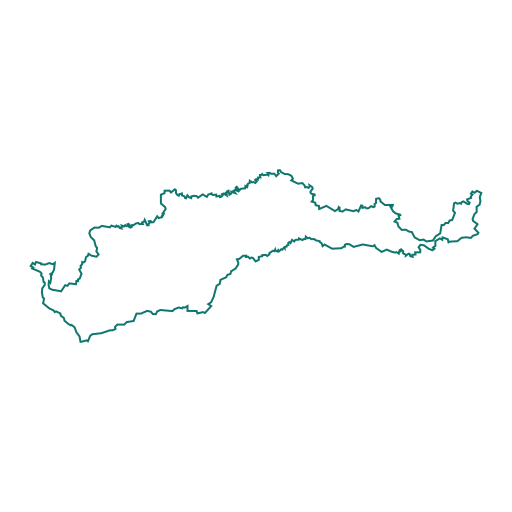 outline of Chontla, Veracruz, Mexico, rotated 90°
{"feature_id": "50627088B94661394277654", "entity_name": "Chontla", "entity_type": "district", "adm_level": 2, "iso_a3": "MEX", "parent_name": "Mexico", "parent_adm1": "Veracruz", "projection": "albers", "projection_center": [-97.99, 21.427], "detail": "fine", "context": "isolated", "style": "outline", "palette": "teal", "viewbox_px": 512, "rotation_deg": 90, "n_neighbors": 0, "source": "geoboundaries", "source_scale": "gbopen_adm2", "svg_char_len": 6079}
<svg xmlns="http://www.w3.org/2000/svg" viewBox="0 0 512 512"><g transform="rotate(90 256 256)"><path d="M271.3,280.9L268.6,276.5L264.5,273.8L262.4,273.7L259.3,275.1L258.9,272.7L255.8,269.0L255.7,265.9L257.0,266.1L256.7,263.9L258.5,262.2L257.5,260.4L258.2,258.8L261.4,256.4L259.9,253.2L256.9,253.2L256.2,249.8L255.1,249.7L254.9,246.1L256.0,244.8L254.3,242.6L253.1,242.7L250.7,239.0L251.2,237.5L249.5,236.8L250.8,236.4L251.5,234.5L250.1,233.8L251.4,233.0L249.2,230.7L249.7,229.7L247.5,227.9L248.3,227.3L247.0,227.3L246.6,225.4L245.5,225.3L244.9,223.6L243.0,223.8L242.1,222.7L243.1,221.5L239.9,220.0L241.5,217.8L239.9,216.6L239.6,213.1L238.4,213.0L240.1,209.5L239.2,208.7L239.1,206.6L236.6,206.2L238.3,204.3L237.8,202.3L239.1,200.8L239.1,197.5L240.3,196.4L241.2,192.3L242.2,192.1L243.1,190.5L246.1,189.4L244.5,187.4L248.7,179.9L248.2,170.5L246.7,168.4L246.6,167.1L244.8,167.1L244.0,165.4L244.2,162.8L246.9,158.3L244.5,149.3L246.3,139.1L245.2,137.5L248.0,135.9L251.9,130.4L249.6,125.2L251.6,120.7L252.6,116.8L252.1,115.6L253.6,113.2L251.7,112.9L251.4,111.5L250.2,112.3L249.3,110.9L251.2,108.8L253.4,108.9L254.7,106.1L255.8,106.2L253.7,103.5L253.9,102.4L256.1,101.8L256.8,99.4L254.8,99.7L254.5,96.5L252.3,96.8L252.3,91.8L249.7,91.7L247.3,93.4L244.8,91.5L245.3,88.0L248.7,83.4L250.3,79.6L248.8,77.6L247.7,79.0L247.2,78.6L246.0,76.6L241.1,76.7L238.4,72.1L239.8,69.7L237.4,69.4L239.3,64.2L242.3,63.5L241.6,62.1L241.2,54.6L237.8,50.5L237.3,45.7L237.9,41.1L235.8,39.2L234.1,34.3L232.7,33.6L228.7,37.5L224.2,34.5L220.9,38.9L219.0,39.4L214.2,37.6L212.0,35.3L206.8,35.4L204.7,32.4L201.2,31.6L197.0,32.2L193.0,30.7L190.8,35.1L192.8,37.5L191.5,39.6L193.7,41.1L194.6,39.6L196.5,41.1L197.9,40.9L199.4,44.9L201.1,44.5L202.6,42.4L204.1,43.0L203.8,44.9L201.4,48.6L202.2,50.4L203.7,50.9L203.1,52.0L203.7,54.6L202.6,56.5L203.3,57.9L210.6,58.9L212.9,57.0L220.1,59.9L220.4,62.3L223.1,63.8L222.9,66.3L225.1,68.3L225.0,70.4L233.4,71.8L236.2,76.2L240.6,79.2L241.4,85.7L239.6,88.4L240.2,92.3L237.4,97.4L232.0,100.2L231.6,102.9L229.7,106.2L229.9,110.3L226.4,113.6L222.7,114.6L221.6,117.4L219.1,115.4L218.7,112.6L215.8,113.4L215.2,111.7L214.6,111.9L213.5,116.1L211.4,118.9L206.2,121.8L206.5,119.7L204.9,119.2L205.0,127.1L201.3,131.7L200.0,131.6L198.2,133.0L198.8,135.9L202.9,136.0L204.2,137.4L206.6,137.4L207.2,138.9L206.1,140.8L208.2,143.5L208.4,145.4L207.2,146.9L207.9,149.5L205.7,149.6L205.4,150.8L211.5,153.6L210.0,155.7L211.2,158.6L209.4,166.2L211.5,169.5L211.0,172.4L207.7,172.4L207.0,173.2L209.2,174.1L211.1,177.0L205.9,185.6L209.0,192.8L205.9,193.1L205.2,196.4L202.7,196.7L201.6,200.3L200.0,198.9L196.1,199.1L195.2,197.3L194.4,197.4L193.8,200.4L192.8,201.5L191.5,201.5L188.7,199.3L187.1,199.8L185.2,202.5L186.4,202.3L187.9,203.5L187.1,205.0L187.3,206.9L185.5,207.4L183.1,209.6L183.7,213.9L180.4,220.7L178.8,219.1L175.8,220.6L174.2,223.8L174.0,227.4L172.2,230.8L170.2,232.1L170.4,234.0L172.4,234.1L173.6,233.2L176.2,235.8L173.7,237.6L173.8,240.8L172.8,242.4L173.0,244.1L173.6,243.3L175.3,243.6L174.6,244.5L175.2,248.7L174.0,249.8L174.8,250.3L175.0,252.1L177.5,251.6L177.6,254.1L179.6,254.0L179.2,255.9L179.9,256.8L181.5,255.3L183.0,256.7L182.0,258.5L182.4,260.0L180.8,262.2L183.1,262.4L183.7,264.0L185.4,265.0L185.8,264.4L187.2,264.9L186.1,266.6L188.3,266.9L188.8,271.3L191.4,273.5L190.7,275.0L188.9,273.7L186.8,275.3L187.6,276.3L189.6,276.0L190.7,278.4L193.1,276.7L191.7,280.7L193.5,280.7L194.8,282.6L190.7,283.5L191.5,285.1L193.4,285.2L193.2,286.0L195.5,285.3L193.5,288.4L194.2,290.0L195.3,289.3L196.8,290.7L197.1,292.1L195.8,292.3L196.5,295.6L194.6,295.8L195.0,299.0L194.3,300.4L193.4,300.5L194.6,303.8L196.9,305.2L194.4,309.3L197.7,314.0L196.2,315.2L195.8,318.0L196.4,320.7L198.1,320.8L197.3,322.9L195.3,324.6L198.3,325.9L198.1,326.9L196.5,327.4L195.3,330.1L193.5,330.1L194.2,332.7L195.7,333.2L195.0,334.6L193.1,336.0L190.1,336.1L189.3,337.2L192.5,341.0L190.7,342.4L190.7,347.4L193.2,347.5L194.7,351.1L203.5,351.1L207.1,346.9L208.9,346.3L212.3,348.6L213.5,348.1L213.6,349.4L215.5,349.0L215.7,349.9L217.1,350.0L218.1,353.4L216.3,354.8L222.2,358.5L222.4,360.3L221.0,361.4L221.3,363.2L222.9,362.4L224.1,363.6L225.2,363.4L225.3,364.9L219.8,367.3L221.7,368.0L222.4,369.9L224.0,369.2L224.1,372.6L223.0,373.6L223.4,375.9L225.2,378.6L225.0,379.8L226.7,380.1L227.6,381.5L226.9,382.9L225.5,382.0L223.9,383.4L224.2,384.4L225.5,384.0L226.2,385.4L225.1,386.8L226.4,387.9L225.6,390.2L226.8,389.7L227.4,391.3L228.4,390.7L228.1,392.2L226.1,393.5L226.6,394.8L225.7,395.6L226.9,396.6L225.6,400.6L227.3,402.1L225.9,410.2L227.7,413.1L227.6,417.6L230.4,421.8L233.2,422.7L237.1,421.2L240.4,417.8L246.2,416.3L247.9,414.9L251.5,415.6L254.4,413.4L256.7,415.5L255.6,420.7L253.8,423.5L255.8,424.1L257.1,426.0L261.2,426.9L262.4,428.2L262.0,429.8L264.3,429.9L265.8,431.4L267.7,431.0L269.5,432.8L273.8,430.5L278.6,432.3L279.4,434.0L281.2,433.9L281.0,435.6L284.2,436.0L283.4,442.7L285.8,444.5L285.2,446.8L291.3,450.9L289.7,459.9L288.3,462.7L284.9,463.4L281.4,463.1L282.8,461.7L277.7,460.8L276.6,461.2L275.2,460.5L274.2,461.7L273.4,460.6L273.8,460.0L269.8,458.0L262.9,457.2L264.2,459.1L263.1,462.8L264.6,466.8L264.3,470.8L263.4,470.8L262.0,476.0L264.5,477.0L262.9,479.3L266.1,481.3L267.5,478.8L268.5,479.8L271.8,472.0L273.5,470.4L275.5,470.9L277.5,469.1L282.0,468.4L282.6,467.3L284.8,467.2L288.3,469.7L292.4,470.1L297.4,469.2L298.6,467.9L303.3,468.9L308.5,462.6L310.3,458.6L312.1,457.2L311.4,455.9L313.5,451.6L315.7,451.2L318.0,448.1L320.7,447.5L323.9,443.7L325.3,441.4L324.9,440.5L327.3,437.4L332.1,435.7L336.4,432.5L341.8,431.5L341.8,430.7L340.4,425.5L341.3,424.1L336.0,421.9L334.3,419.9L333.2,410.7L330.3,402.0L330.3,399.4L328.9,396.5L326.9,397.0L324.6,394.7L324.6,387.7L322.1,385.4L321.0,378.4L313.6,375.5L313.6,371.0L310.9,364.9L311.7,361.1L314.0,359.2L314.2,356.2L311.5,354.9L310.0,351.6L311.1,339.5L309.2,337.6L307.5,333.3L308.4,329.7L307.3,328.9L307.6,327.2L306.0,324.5L310.9,324.5L311.0,315.4L313.4,314.6L312.1,308.9L313.0,307.1L306.1,300.8L304.1,303.7L302.2,300.8L296.7,298.3L285.7,295.4L283.9,292.3L279.8,291.5L277.3,285.8L274.8,284.5L274.0,281.6L271.3,280.9Z" fill="none" stroke="#0f766e" stroke-width="2"/></g></svg>